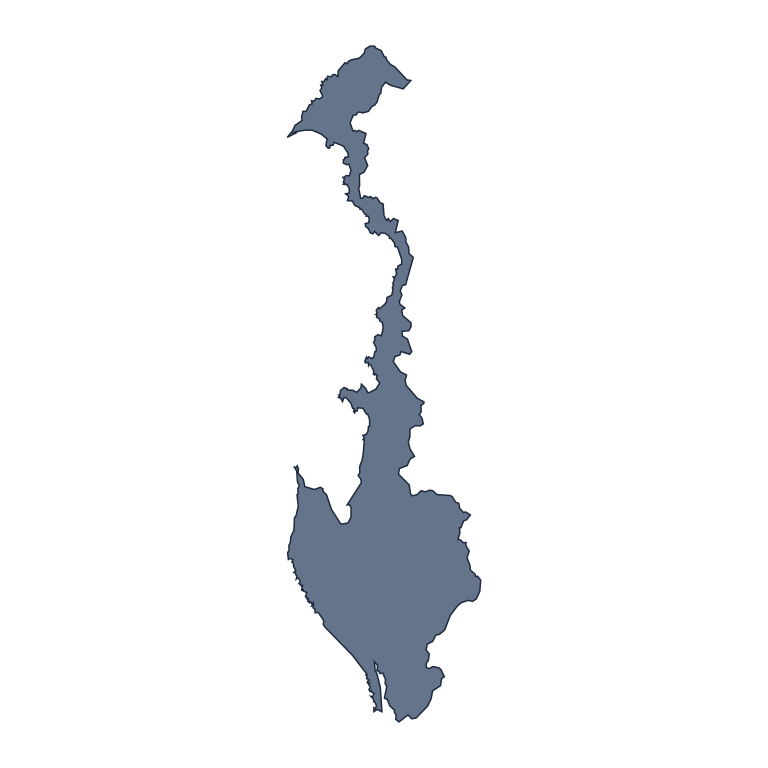 outline of Bahía Solano (Mutis), Chocó, Colombia
{"feature_id": "7082276B67825714501436", "entity_name": "Bahía Solano (Mutis)", "entity_type": "district", "adm_level": 2, "iso_a3": "COL", "parent_name": "Colombia", "parent_adm1": "Chocó", "projection": "robinson", "projection_center": [-77.369, 6.398], "detail": "fine", "context": "isolated", "style": "filled", "palette": "slate", "viewbox_px": 768, "rotation_deg": 0, "n_neighbors": 0, "source": "geoboundaries", "source_scale": "gbopen_adm2", "svg_char_len": 6090}
<svg xmlns="http://www.w3.org/2000/svg" viewBox="0 0 768 768"><path d="M427.8,705.9L431.1,698.8L432.6,690.9L440.5,685.7L441.7,678.4L444.4,676.8L440.9,669.4L438.8,667.8L433.0,666.5L429.1,668.6L426.4,667.7L426.1,663.5L428.4,660.4L429.2,653.9L426.1,650.0L427.3,644.1L432.8,641.3L435.8,635.2L439.7,634.2L444.7,629.9L450.3,615.4L457.6,605.7L461.4,602.6L468.0,600.4L472.8,601.3L476.4,598.8L479.8,591.3L480.7,580.2L477.6,576.2L475.6,576.5L475.0,574.1L470.2,569.9L470.1,565.9L467.0,557.7L469.2,551.0L466.0,545.8L466.0,542.4L463.4,542.7L460.2,539.8L458.0,539.6L459.9,532.8L459.4,527.7L460.9,527.8L463.6,521.0L466.7,519.7L470.4,515.0L465.6,511.9L463.6,512.6L459.6,508.2L458.8,503.3L455.7,502.3L452.2,496.6L450.1,495.5L437.1,494.6L432.7,490.7L429.7,490.2L425.0,491.9L421.1,490.7L417.1,494.7L412.2,495.8L410.5,493.8L409.2,484.9L398.5,474.2L399.4,468.5L407.2,465.5L410.1,459.1L414.5,456.4L410.0,448.9L408.3,442.1L409.9,436.6L410.0,428.9L415.3,425.7L420.0,425.9L423.3,423.9L422.0,418.2L419.3,414.5L421.2,411.8L420.9,405.6L423.9,403.3L423.9,401.8L417.3,398.3L406.3,385.5L405.1,380.6L406.5,375.0L400.5,371.9L393.3,361.7L395.0,356.5L399.9,355.0L401.1,351.5L409.5,354.3L411.8,351.7L407.4,339.0L402.5,336.1L402.0,331.4L408.9,330.7L411.1,326.4L410.9,322.7L402.7,315.6L401.7,310.0L404.9,308.0L400.0,304.3L399.3,301.8L401.9,294.8L400.2,290.9L402.4,285.4L405.6,284.8L413.3,257.4L409.1,253.6L408.6,247.0L405.8,241.8L405.9,237.9L402.2,231.0L395.3,232.7L398.2,220.5L393.5,218.5L390.4,221.5L388.2,218.6L387.0,220.5L386.2,219.8L384.0,215.6L383.1,203.9L380.1,202.7L377.0,197.9L375.5,197.3L372.7,198.7L370.9,196.6L368.8,197.3L364.3,195.7L362.7,198.2L360.6,198.2L358.7,188.1L359.6,185.9L359.4,174.6L364.0,172.2L367.7,165.5L364.6,157.7L367.9,154.0L367.5,150.9L368.8,148.8L366.9,144.5L363.6,143.3L366.0,133.5L358.6,130.3L356.4,131.8L355.1,130.5L352.9,130.9L350.1,122.6L353.3,115.2L356.5,114.8L357.0,113.0L359.2,112.0L362.6,112.9L368.4,111.4L372.0,106.3L374.6,105.2L377.1,101.9L379.3,94.4L380.7,93.6L381.7,87.1L385.6,82.2L390.1,85.1L403.2,88.9L410.8,80.5L406.9,79.8L394.6,66.7L390.6,64.7L386.6,59.8L386.0,57.2L384.2,56.7L381.2,50.6L375.3,47.9L374.8,46.2L370.1,46.1L365.4,48.9L364.1,53.4L359.2,58.2L351.4,59.8L348.4,61.3L346.8,63.8L345.0,62.7L338.2,70.7L337.8,76.5L334.9,74.5L332.8,74.7L331.3,76.7L327.5,76.3L327.1,79.5L325.6,78.7L324.1,81.6L321.7,81.5L323.0,85.0L320.7,85.0L321.9,87.9L320.0,90.6L322.6,95.8L322.2,97.1L319.4,99.0L316.1,98.4L314.0,101.2L311.5,100.7L312.2,103.9L309.3,104.9L306.1,111.5L303.0,111.2L301.5,117.7L302.2,120.4L295.1,125.3L292.5,130.8L287.3,137.3L295.7,133.1L293.8,132.8L295.2,131.9L305.1,130.1L312.4,130.3L321.2,134.1L327.0,138.8L325.9,145.7L328.2,148.2L329.7,148.1L330.2,145.3L333.1,145.3L334.4,142.4L343.4,146.1L347.8,152.8L348.5,156.6L344.7,157.5L345.0,158.7L343.4,159.7L343.4,163.2L346.7,164.7L348.8,164.1L351.0,170.4L349.3,175.8L345.8,175.7L344.1,177.7L342.4,176.8L344.4,178.8L343.4,182.3L344.6,183.1L343.4,184.2L346.8,184.6L349.2,188.0L349.2,193.1L345.6,193.8L348.8,196.4L347.4,200.6L352.3,201.1L354.9,205.5L359.8,207.8L359.9,209.2L361.8,209.3L364.4,213.7L366.3,214.6L366.1,216.2L368.4,216.3L369.3,218.9L368.6,222.7L365.2,223.7L365.7,226.6L368.6,228.9L370.2,232.8L372.9,233.8L374.5,231.4L378.6,235.5L381.5,232.7L385.0,233.3L389.2,236.2L389.5,238.4L391.2,238.6L394.7,243.4L394.9,246.5L397.5,247.1L401.7,259.5L401.6,264.2L398.2,265.8L397.4,269.2L395.7,269.0L396.5,274.4L394.6,277.2L393.3,276.9L394.4,279.2L392.8,283.8L393.4,285.4L392.3,287.9L393.2,288.8L391.7,295.2L386.9,297.5L386.7,301.4L384.9,304.1L380.0,308.5L378.4,307.5L376.3,310.2L377.0,313.4L375.7,314.6L376.9,314.9L376.6,317.3L379.3,318.7L379.7,320.8L382.4,322.7L383.2,328.3L381.3,335.7L378.1,334.7L374.8,336.7L374.8,340.6L373.5,342.4L376.3,347.8L376.2,350.9L374.8,351.8L373.9,356.7L372.1,358.6L368.7,356.9L367.4,358.6L366.5,357.0L364.8,361.5L365.6,362.9L368.3,362.4L368.6,365.7L369.6,364.4L370.8,364.8L373.8,371.2L373.3,374.0L374.7,375.1L375.5,373.8L377.0,375.4L376.4,378.9L379.7,382.9L376.1,388.9L369.3,392.6L367.6,392.5L365.7,388.3L361.4,384.2L360.9,387.9L356.8,392.3L352.5,390.2L347.6,390.0L347.2,388.6L344.0,387.6L340.4,390.6L340.0,394.8L338.8,395.0L339.5,395.8L338.3,397.5L340.4,397.9L342.5,401.6L344.0,397.5L346.2,397.8L351.0,403.3L352.6,408.3L354.4,408.9L353.6,411.5L354.7,412.9L355.2,411.3L357.3,410.8L357.6,407.9L362.8,408.2L366.4,414.0L367.6,413.9L369.5,419.0L369.7,426.1L368.5,426.3L367.9,431.4L366.2,434.4L362.9,435.3L364.3,438.2L363.0,439.6L364.3,440.3L363.4,452.0L362.2,460.0L359.6,466.8L359.8,472.6L358.2,475.7L360.9,479.1L361.3,482.8L347.1,504.9L349.4,504.7L351.1,507.6L351.0,517.2L347.9,523.1L340.9,524.1L331.5,509.5L326.6,495.0L323.1,491.2L322.9,488.8L320.4,487.3L314.2,489.5L304.8,486.6L303.3,479.4L298.0,472.7L298.5,469.0L297.2,465.8L295.7,467.9L293.8,466.5L296.7,470.8L297.5,482.1L299.4,485.7L297.8,488.6L298.2,493.8L297.0,494.7L298.3,506.2L296.1,515.6L294.5,517.6L293.9,530.5L290.8,536.9L290.4,542.4L288.9,545.2L289.1,550.0L287.6,552.9L288.4,559.5L290.1,558.4L292.9,559.8L291.8,562.1L293.3,563.2L293.7,566.8L295.8,570.7L293.9,572.5L295.1,572.8L297.0,577.2L296.3,579.0L297.8,578.0L299.2,579.1L300.3,582.3L298.9,583.5L301.6,586.1L302.4,585.5L301.7,589.7L303.7,589.6L302.2,590.4L306.8,592.6L305.4,596.7L308.0,598.3L307.0,598.9L308.3,599.6L307.7,601.0L309.4,602.6L309.4,601.4L310.8,601.9L312.1,604.5L313.3,602.9L313.4,604.7L311.7,606.1L313.3,606.3L313.1,607.8L314.8,609.0L315.1,612.7L318.4,612.6L323.1,619.6L323.9,622.1L323.1,624.0L324.6,626.7L352.6,655.5L367.1,674.5L365.9,675.0L367.0,676.1L366.6,678.5L369.1,680.2L367.3,681.6L367.7,683.1L369.4,683.0L368.6,684.2L370.4,687.6L368.9,689.5L370.1,691.6L371.5,690.7L372.1,692.6L374.1,693.3L372.6,696.7L370.8,696.3L373.7,699.5L373.6,701.6L374.6,701.6L376.6,706.0L375.0,708.9L373.9,707.8L373.9,711.6L377.1,709.5L381.9,711.7L380.3,687.2L376.7,673.1L375.1,670.4L374.4,661.8L377.6,665.4L377.0,670.6L378.9,671.3L379.9,673.6L382.7,673.0L385.5,679.4L385.1,683.6L386.8,686.5L384.4,698.2L387.3,699.5L389.8,705.9L394.5,710.2L394.5,712.7L396.2,714.9L395.7,719.3L399.0,721.9L408.0,715.0L411.7,718.8L416.1,718.0L427.8,705.9Z" fill="#64748b" stroke="#1e293b" stroke-width="1.5"/></svg>